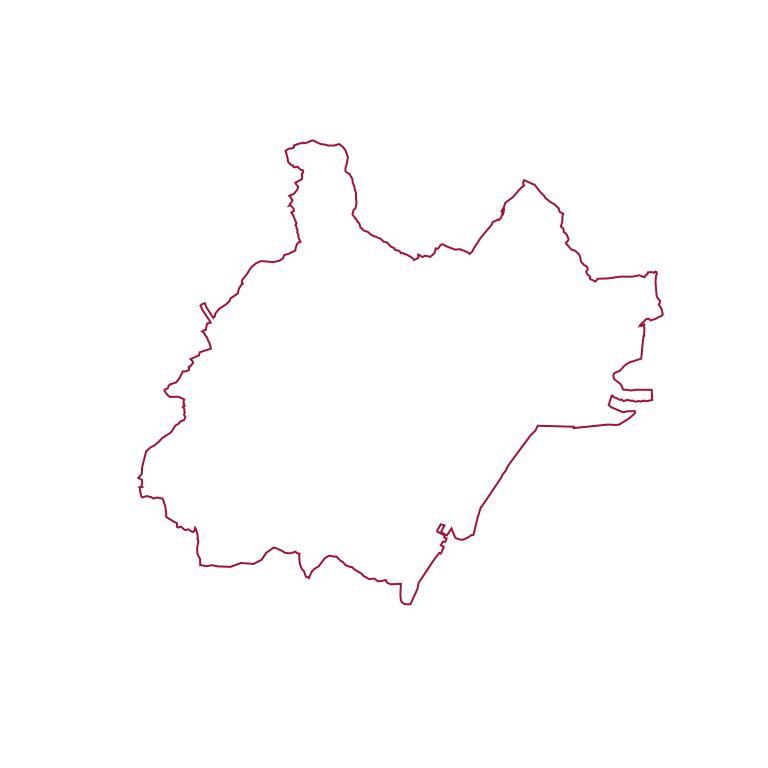 outline of Maldaresti, Vâlcea, Romania, rotated 128°
{"feature_id": "2599482B3246342951761", "entity_name": "Maldaresti", "entity_type": "district", "adm_level": 2, "iso_a3": "ROU", "parent_name": "Romania", "parent_adm1": "Vâlcea", "projection": "orthographic", "projection_center": [23.99, 45.113], "detail": "fine", "context": "isolated", "style": "outline", "palette": "rose", "viewbox_px": 768, "rotation_deg": 128, "n_neighbors": 0, "source": "geoboundaries", "source_scale": "gbopen_adm2", "svg_char_len": 6154}
<svg xmlns="http://www.w3.org/2000/svg" viewBox="0 0 768 768"><g transform="rotate(128 384 384)"><path d="M362.8,556.6L367.4,559.1L372.9,560.3L376.0,560.4L380.5,559.7L389.5,559.8L391.3,558.8L392.0,556.9L393.6,557.5L398.2,557.0L402.9,555.0L411.0,557.7L413.8,556.8L418.4,557.4L425.8,560.1L432.6,560.3L434.1,559.1L437.0,559.1L433.0,570.9L430.6,575.0L433.2,576.6L435.2,576.9L437.6,572.3L441.1,561.5L442.4,558.4L445.3,560.6L451.3,557.7L452.6,559.0L454.6,559.6L454.4,558.6L454.9,556.3L456.0,554.2L456.3,552.0L458.0,549.5L458.9,547.2L462.6,542.1L472.6,548.8L475.1,547.4L483.5,551.8L483.9,549.0L484.8,547.4L489.6,547.6L490.8,548.4L492.8,546.3L495.9,547.7L497.8,550.3L505.4,548.8L510.6,548.7L516.0,552.3L517.9,552.6L520.4,551.8L523.8,553.4L524.5,552.7L526.0,548.0L525.9,544.5L520.6,538.2L519.1,532.1L521.7,530.9L522.4,529.6L523.5,529.5L523.8,527.8L524.7,527.6L525.9,528.4L526.7,525.8L528.5,524.5L528.9,523.4L531.2,522.8L532.4,520.1L535.4,519.4L539.2,521.5L541.9,521.4L545.4,522.9L551.5,522.1L554.0,522.3L563.2,525.5L568.9,526.0L574.1,527.2L577.6,528.9L583.5,530.0L598.8,523.2L604.0,519.5L609.2,519.8L608.6,515.6L611.3,513.2L613.9,512.3L613.9,511.2L616.1,513.2L616.3,512.5L618.9,510.0L622.1,505.7L622.0,504.4L618.5,502.1L616.5,497.9L616.3,495.3L613.3,493.1L610.6,488.0L614.6,481.6L619.6,476.4L622.9,473.7L621.8,464.1L621.1,461.8L621.9,460.8L624.0,459.4L624.1,458.8L623.7,457.7L621.4,456.3L621.7,451.5L621.1,450.3L619.1,449.0L618.5,443.6L616.5,443.0L613.6,444.3L614.0,443.1L617.2,438.5L620.1,435.8L621.0,435.6L622.0,433.6L628.2,430.3L631.9,427.2L633.5,425.1L635.1,421.2L640.0,417.2L639.1,416.3L637.0,411.9L632.7,408.0L630.2,402.9L622.7,392.5L613.1,386.5L606.1,376.0L597.7,372.2L589.6,372.9L580.9,370.3L579.9,368.4L578.2,361.2L578.1,358.4L575.2,353.6L570.7,350.6L570.8,347.9L569.7,346.2L571.5,345.2L577.3,339.9L579.2,336.9L580.3,334.9L580.8,331.9L584.0,326.8L583.1,325.0L583.2,323.7L576.5,325.4L572.3,325.0L568.0,323.2L557.6,323.4L553.0,321.5L550.8,317.0L549.3,315.4L550.0,309.9L549.6,306.5L550.3,303.8L550.3,302.3L548.9,297.8L548.0,296.8L548.3,292.8L547.2,284.6L547.9,282.1L546.9,275.7L543.2,271.7L543.3,267.5L540.9,264.8L537.4,261.9L538.5,259.7L538.6,258.8L537.7,255.4L531.1,247.7L540.4,241.0L544.1,237.4L544.9,235.5L544.8,232.1L541.3,227.6L525.1,231.4L519.5,234.3L493.0,236.3L483.0,236.5L482.7,234.9L482.0,234.8L475.5,236.6L476.1,240.0L471.8,240.5L470.7,238.5L467.3,239.5L467.8,242.3L465.9,242.7L467.5,251.2L466.2,251.9L459.6,252.9L458.2,249.2L465.7,248.0L464.6,241.2L456.3,241.9L461.0,233.6L461.2,232.2L460.2,229.4L458.9,226.8L457.9,225.8L453.9,223.6L449.1,222.0L447.8,220.6L432.1,227.8L421.4,231.8L420.5,231.5L385.7,234.0L382.4,234.8L377.8,234.7L371.4,235.9L366.3,236.1L334.4,236.9L327.4,236.0L322.3,237.2L300.8,208.1L301.9,207.3L278.2,182.7L273.3,175.8L271.2,173.7L260.5,169.8L252.5,168.2L251.0,169.7L255.5,175.2L259.1,178.2L262.4,190.6L262.2,194.0L253.1,197.4L252.4,196.8L253.0,195.0L252.1,192.4L251.3,188.3L250.0,187.6L250.0,184.7L246.7,182.5L246.5,181.5L245.6,180.5L245.5,179.4L243.8,177.6L243.5,175.7L242.5,174.3L240.6,172.9L239.9,170.9L238.3,170.3L237.8,168.9L236.5,168.3L235.7,166.3L231.4,162.8L223.8,169.5L233.4,181.9L236.8,185.1L241.2,192.3L239.5,194.8L238.4,197.7L238.5,204.8L238.2,206.1L236.0,208.7L233.2,209.1L228.3,206.2L221.6,205.8L218.5,204.9L215.4,203.6L205.7,196.9L189.2,207.4L186.4,209.0L186.1,208.6L181.0,212.2L176.9,215.7L180.0,216.9L180.2,218.0L180.6,218.2L179.7,218.4L171.4,217.3L169.8,215.8L169.6,214.6L169.8,213.3L169.1,212.5L164.8,209.8L161.3,208.5L160.3,207.4L157.6,207.1L154.3,211.1L152.8,214.3L152.2,216.5L150.6,216.6L148.6,217.7L147.4,222.3L146.0,224.1L136.5,232.8L131.3,236.3L129.5,236.6L128.0,238.1L128.4,239.5L129.9,239.4L131.3,242.4L133.6,244.8L135.4,244.0L137.3,244.9L138.6,244.3L139.7,244.8L141.1,249.7L146.6,254.5L153.6,263.5L162.8,272.4L169.4,280.3L173.1,280.4L174.3,286.2L174.2,286.7L172.5,287.7L172.4,291.3L171.1,293.8L168.3,294.0L167.1,295.2L166.6,296.7L167.1,299.8L166.3,304.2L163.2,307.5L161.8,309.9L161.3,315.7L162.5,318.2L162.6,319.7L161.0,327.5L156.9,327.3L156.1,327.8L153.9,331.9L153.4,333.7L153.6,336.0L152.1,337.2L151.0,339.1L151.0,341.6L146.4,343.4L142.2,346.5L139.5,347.6L140.2,351.6L138.0,354.5L137.4,360.0L138.1,364.2L138.1,371.1L137.2,373.5L136.2,380.6L134.2,388.1L134.8,389.4L137.1,399.1L139.3,398.6L141.0,397.1L141.4,395.8L145.2,396.8L157.6,397.5L166.6,400.0L171.8,398.0L172.7,396.5L173.9,396.8L173.1,398.1L175.7,397.7L175.9,396.3L175.3,395.5L176.6,395.6L176.8,394.7L177.5,394.6L178.4,395.0L180.9,394.2L183.9,394.3L184.0,395.2L189.8,398.1L191.0,397.4L193.5,397.3L209.5,397.8L222.3,396.7L225.0,396.0L228.9,396.6L228.7,399.1L231.0,407.1L234.3,410.6L237.0,419.3L237.8,423.7L238.4,424.4L240.0,425.0L243.8,424.7L244.7,425.2L245.2,426.7L249.9,424.8L255.3,425.8L257.5,430.5L260.1,431.7L261.0,436.6L262.5,435.2L263.9,434.7L267.9,436.8L267.2,439.1L267.7,443.8L268.3,446.7L268.9,447.3L269.1,449.7L270.5,451.0L269.8,453.4L269.9,454.4L271.5,458.0L270.7,459.6L271.5,463.4L270.6,468.7L272.1,471.8L271.6,476.1L274.4,485.6L274.1,490.3L275.5,494.5L275.0,499.2L272.8,502.0L272.3,504.9L271.1,507.6L271.2,508.9L269.6,513.4L265.6,515.1L263.4,514.7L261.7,515.2L257.6,517.6L255.4,519.9L250.8,523.6L248.6,527.1L246.6,528.9L244.7,532.6L242.1,534.9L239.7,540.5L240.3,544.0L240.1,545.3L237.8,547.2L233.8,548.7L227.5,552.1L223.4,558.6L222.6,562.1L222.5,567.0L226.9,570.2L230.7,575.2L231.6,577.8L233.9,581.6L235.7,589.7L236.7,590.8L241.5,593.5L243.7,595.4L243.6,596.4L248.1,599.7L251.5,601.8L252.9,600.7L254.4,601.1L257.4,604.0L260.7,605.2L266.0,598.3L267.9,596.5L268.3,594.6L268.1,593.9L268.7,593.2L268.3,590.9L267.7,590.0L268.7,588.8L268.1,587.5L266.4,586.5L266.0,585.1L266.5,581.6L265.8,580.1L265.8,578.8L268.1,577.8L269.1,578.0L271.0,576.1L273.2,574.8L280.0,577.8L281.1,574.9L281.2,573.5L281.9,572.8L284.3,572.0L289.6,572.1L294.1,574.5L294.4,572.4L295.7,569.1L301.7,568.6L300.9,568.1L301.0,565.1L301.6,563.2L302.9,561.6L306.0,562.6L306.7,560.0L311.3,551.9L313.5,551.5L313.8,550.0L315.2,548.6L315.5,547.3L318.0,545.7L319.3,543.2L320.9,542.1L323.4,537.3L325.3,538.6L327.5,538.6L331.2,537.4L333.4,536.0L340.8,539.7L343.7,542.0L347.1,541.0L351.1,542.2L356.1,546.3L362.8,556.6Z" fill="none" stroke="#9f1239" stroke-width="2"/></g></svg>